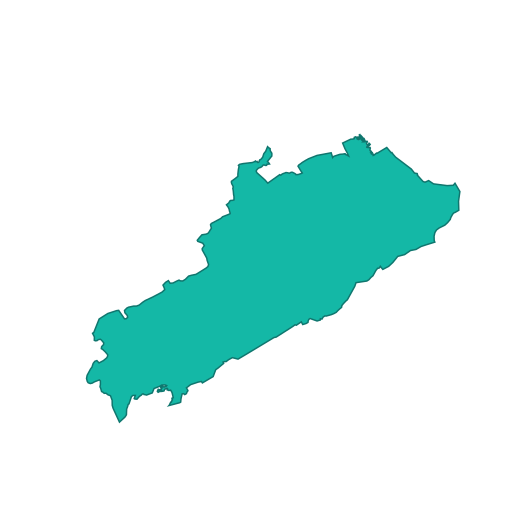 outline of As-Suqaylabiyah, Hamah, Syria, rotated 240°
{"feature_id": "27442178B45767266881892", "entity_name": "As-Suqaylabiyah", "entity_type": "district", "adm_level": 2, "iso_a3": "SYR", "parent_name": "Syria", "parent_adm1": "Hamah", "projection": "equal_earth", "projection_center": [36.361, 35.476], "detail": "fine", "context": "isolated", "style": "filled", "palette": "teal", "viewbox_px": 512, "rotation_deg": 240, "n_neighbors": 0, "source": "geoboundaries", "source_scale": "gbopen_adm2", "svg_char_len": 6036}
<svg xmlns="http://www.w3.org/2000/svg" viewBox="0 0 512 512"><g transform="rotate(240 256 256)"><path d="M270.8,75.8L266.8,75.6L263.8,73.8L262.8,74.6L262.2,76.0L262.4,77.6L261.8,79.5L260.5,80.1L256.9,80.7L255.4,79.6L255.2,78.4L254.6,76.9L253.1,75.7L251.8,76.5L248.5,77.5L244.5,78.2L243.2,77.1L242.4,75.7L241.7,71.5L241.9,66.6L245.0,65.9L245.4,63.8L244.4,61.3L241.8,58.4L240.8,56.1L237.1,50.1L234.7,48.0L231.8,47.2L230.1,47.3L228.4,48.7L227.8,50.6L227.8,53.3L227.0,58.4L225.7,58.8L222.8,57.2L220.7,55.5L219.4,55.4L215.8,54.5L214.7,55.3L213.9,55.5L213.0,55.9L212.1,57.5L209.8,58.4L207.8,60.1L203.0,59.3L198.5,56.8L195.5,56.1L180.4,54.7L182.1,62.2L183.3,64.4L188.2,67.5L189.6,69.3L191.4,71.1L191.4,72.0L196.5,77.8L196.8,79.7L195.6,81.8L193.4,79.2L192.7,79.6L191.5,81.3L192.6,84.5L192.6,85.1L192.9,85.7L192.8,86.9L193.3,88.5L193.0,89.4L192.2,89.8L191.9,89.8L191.5,90.5L190.3,91.7L189.3,97.7L192.2,101.4L191.3,107.7L191.4,109.9L189.7,112.9L188.4,113.9L187.9,112.9L188.3,112.2L188.5,110.8L189.2,110.3L189.3,109.6L189.6,109.5L190.0,110.0L190.3,109.9L190.1,108.9L190.5,108.8L190.3,107.9L190.0,107.8L189.4,108.4L188.5,108.2L188.6,107.9L188.4,107.2L188.1,106.2L187.6,105.3L187.7,104.9L188.5,104.8L188.9,105.2L189.5,104.7L188.2,102.9L186.9,103.1L186.8,104.1L187.8,107.1L186.8,107.1L186.6,105.7L186.2,105.8L185.9,106.8L185.6,107.3L185.2,108.6L185.2,109.1L186.1,110.0L186.2,111.0L185.8,112.9L185.4,113.1L185.1,113.0L185.0,112.6L184.7,112.5L184.5,112.2L183.1,113.3L182.5,115.0L179.7,115.0L174.7,113.5L174.8,113.3L174.7,113.0L174.9,112.3L174.7,112.0L174.1,111.9L174.0,111.7L173.8,111.7L173.7,111.8L173.3,111.7L172.6,110.5L171.8,109.7L172.1,109.1L170.1,106.2L170.0,105.9L167.1,116.5L167.1,117.7L169.8,119.6L173.5,123.0L173.2,124.1L172.5,124.7L171.6,125.0L171.6,126.9L172.7,128.2L173.2,129.2L173.2,129.4L173.4,129.5L173.6,129.8L176.6,129.8L177.3,135.1L175.7,142.9L174.6,146.0L172.9,146.1L173.0,158.6L177.7,164.3L177.9,166.9L179.2,174.3L180.6,174.4L180.3,176.0L179.5,177.3L179.9,180.4L179.8,184.7L175.7,188.9L175.8,198.7L176.4,230.8L175.7,232.9L176.6,252.7L176.9,255.4L175.9,256.3L176.3,262.3L173.3,262.2L172.5,265.6L172.5,267.8L173.8,268.8L174.7,270.1L174.8,271.6L169.2,276.4L168.4,279.7L169.5,280.4L168.4,281.6L169.5,283.5L169.7,285.6L168.9,286.8L167.6,291.7L167.2,294.4L167.1,297.3L167.8,299.6L168.4,302.3L168.6,303.8L169.0,304.8L170.0,305.2L171.0,307.7L172.1,311.4L172.4,313.2L180.3,326.3L182.9,329.3L178.9,339.5L179.0,341.9L180.0,344.9L180.4,347.4L183.6,352.7L184.1,354.1L184.6,355.1L184.0,356.4L184.1,357.2L184.9,358.5L181.0,359.1L180.7,365.7L182.0,371.3L184.8,378.6L182.9,385.4L183.5,392.5L181.7,397.8L181.7,403.7L180.6,409.0L178.6,417.8L180.4,418.1L184.1,420.1L186.8,422.6L188.3,425.3L188.7,428.7L188.3,435.0L189.1,438.6L190.6,442.6L191.8,443.8L193.7,446.9L194.4,448.6L194.2,450.3L194.2,454.5L202.2,458.8L209.9,464.8L219.5,464.7L218.6,462.2L221.4,456.7L229.7,445.8L235.0,443.2L235.4,439.3L237.0,437.9L245.1,436.2L245.2,436.4L246.8,436.8L248.6,434.7L253.6,434.0L271.9,426.3L275.6,425.6L277.7,425.4L277.8,424.7L284.6,423.5L284.4,412.4L284.8,412.1L284.7,411.7L284.8,411.1L284.5,410.2L284.6,409.9L284.5,409.5L284.3,408.3L284.5,407.8L285.2,408.5L285.6,408.5L286.5,407.1L286.8,407.0L287.3,408.4L287.5,408.4L288.0,407.2L288.3,407.0L288.9,408.1L289.2,408.1L290.3,407.5L291.7,408.3L292.3,409.0L293.0,409.0L293.6,407.7L294.7,406.3L294.9,406.3L295.1,406.5L295.0,409.0L295.1,409.5L295.4,410.3L295.6,410.7L297.1,410.3L296.4,409.2L296.4,407.9L298.1,407.9L299.4,409.6L299.9,409.5L300.3,407.8L301.5,405.6L301.9,406.7L301.5,407.6L301.5,408.1L303.7,408.3L303.9,407.8L303.0,406.6L303.2,405.6L303.9,405.5L304.5,406.0L304.1,407.7L304.3,407.8L306.8,407.3L306.4,407.0L305.4,404.8L305.5,403.2L306.1,402.5L306.9,402.1L307.3,402.2L306.6,404.7L306.6,405.2L307.6,406.5L308.3,406.7L309.2,406.7L309.2,406.0L307.6,405.7L307.3,405.4L308.7,402.2L309.4,401.9L309.6,400.4L308.5,399.8L308.9,398.2L309.8,396.5L310.5,387.5L304.4,386.7L300.1,386.6L296.3,386.2L298.4,384.9L299.4,384.1L300.0,384.3L300.3,383.6L300.9,382.0L302.1,379.5L303.3,373.8L303.4,373.0L302.9,371.6L307.8,372.7L312.6,359.1L314.0,349.8L313.9,348.9L314.0,347.4L313.9,343.2L313.8,342.1L313.7,341.8L313.4,338.5L312.8,337.3L307.0,337.4L304.8,337.6L304.8,336.4L305.1,335.1L305.3,333.8L305.9,332.3L306.6,331.2L307.1,331.3L308.0,330.9L310.2,329.5L310.8,328.6L311.0,327.8L311.0,326.2L312.2,325.1L313.3,323.7L313.5,322.1L313.8,320.8L313.9,319.4L313.6,317.8L314.6,317.2L313.2,302.6L317.3,301.8L327.7,298.4L329.5,298.6L330.3,299.9L330.9,302.1L330.4,304.4L330.5,305.9L331.2,307.8L330.6,308.7L329.6,309.6L329.2,310.5L330.0,311.3L328.9,313.7L329.8,313.7L332.2,313.2L333.5,316.7L334.1,318.1L334.6,319.6L335.8,320.4L337.1,321.1L339.8,321.0L341.1,321.4L341.8,321.9L342.6,321.6L343.4,321.1L344.9,320.7L341.8,316.7L341.3,315.3L340.6,313.8L338.2,311.2L337.2,308.4L337.4,307.4L336.9,306.6L336.2,305.9L335.8,305.1L336.1,304.3L337.0,304.0L337.3,304.2L337.9,302.9L338.5,303.0L338.5,301.2L338.8,299.5L342.5,291.0L343.6,287.6L343.3,286.1L342.0,286.1L340.0,284.2L336.2,281.4L334.0,280.1L333.4,276.1L333.0,272.1L332.1,271.5L330.6,271.1L329.2,271.1L327.4,270.9L326.6,270.3L326.3,269.8L323.8,268.9L320.4,267.3L319.1,266.9L318.4,266.6L315.6,265.0L315.8,263.8L316.8,261.7L316.7,260.8L316.2,260.3L316.2,259.9L315.6,259.1L315.1,256.0L312.6,256.3L310.3,256.2L307.8,255.4L306.6,255.2L305.6,254.8L305.7,253.1L306.7,246.7L306.1,244.3L306.5,233.5L305.8,232.2L302.4,231.3L299.7,226.2L299.8,223.9L301.4,219.8L300.3,216.4L299.0,213.0L297.8,212.9L293.7,216.3L290.8,216.4L289.3,213.1L288.1,212.5L278.8,212.3L276.7,211.5L272.4,210.7L270.9,209.1L270.5,206.8L270.3,201.8L270.1,194.9L271.6,190.4L272.3,187.6L271.1,183.2L271.0,180.1L272.3,178.0L273.6,177.3L273.9,174.9L274.1,170.7L275.3,168.0L278.5,167.8L278.4,164.5L277.3,160.9L274.3,160.6L272.5,160.1L271.7,156.5L272.1,146.0L272.8,137.8L272.6,134.7L271.9,130.4L272.4,127.4L273.8,125.0L275.4,120.0L275.5,118.2L274.6,114.9L272.4,114.1L268.7,114.8L267.0,114.1L266.6,112.1L267.3,110.7L277.6,109.9L278.4,107.9L280.3,98.9L279.9,88.7L270.9,77.3L270.8,75.8Z" fill="#14b8a6" stroke="#0f766e" stroke-width="1.5"/></g></svg>